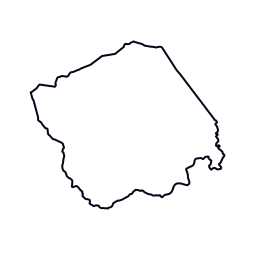 the district of Marale, Francisco Morazán, Honduras, rotated 238°
{"feature_id": "27666195B80016530117423", "entity_name": "Marale", "entity_type": "district", "adm_level": 2, "iso_a3": "HND", "parent_name": "Honduras", "parent_adm1": "Francisco Morazán", "projection": "natural_earth1", "projection_center": [-87.147, 14.938], "detail": "fine", "context": "isolated", "style": "outline", "palette": "ink", "viewbox_px": 256, "rotation_deg": 238, "n_neighbors": 0, "source": "geoboundaries", "source_scale": "gbopen_adm2", "svg_char_len": 5529}
<svg xmlns="http://www.w3.org/2000/svg" viewBox="0 0 256 256"><g transform="rotate(238 128 128)"><path d="M54.3,195.5L54.8,195.1L55.9,194.8L56.4,194.9L56.9,195.2L57.5,195.4L58.2,195.4L60.7,194.6L62.0,194.1L63.0,193.9L63.3,194.0L63.5,194.1L63.8,195.8L64.0,196.1L64.9,196.0L65.4,195.7L65.5,195.5L65.5,195.2L65.3,194.2L65.4,193.8L65.6,193.6L65.9,193.4L66.2,193.4L66.5,193.4L66.9,193.6L67.4,194.0L67.8,194.4L68.1,194.7L68.4,195.4L68.5,196.2L68.6,196.6L68.9,197.3L69.1,197.8L70.4,198.3L71.2,198.5L72.0,198.3L72.8,198.3L74.2,198.2L74.3,198.4L74.6,200.0L74.8,200.4L75.0,200.6L75.4,200.5L76.1,199.8L76.5,199.6L76.9,199.7L77.1,200.2L77.1,201.0L77.3,201.8L77.7,202.5L78.4,203.1L78.7,203.3L79.3,203.5L80.8,203.9L81.7,204.2L83.4,204.2L84.3,204.0L84.8,204.1L85.1,204.3L85.3,204.7L85.4,205.2L85.4,205.8L85.5,206.2L85.9,206.5L86.4,206.6L87.8,206.5L89.5,205.6L89.9,205.8L146.2,200.7L151.1,199.9L178.3,199.5L178.7,199.3L179.3,198.9L180.0,198.1L180.4,197.4L180.7,196.5L181.2,194.9L181.6,194.3L181.9,193.9L182.4,193.5L183.0,192.9L184.5,190.9L186.7,188.3L188.1,186.9L188.7,186.0L191.7,184.4L194.0,182.4L195.7,180.8L197.2,179.5L198.4,178.6L198.7,176.4L198.8,175.1L198.6,173.4L199.0,172.6L199.6,171.7L200.1,171.1L200.5,170.9L200.7,170.1L200.6,169.4L200.3,168.8L199.0,167.3L197.7,156.3L202.8,144.1L201.5,129.8L203.4,119.6L203.4,118.4L203.4,117.6L204.3,113.4L204.4,111.9L204.6,111.1L205.2,109.8L205.4,109.1L205.5,108.7L205.4,108.1L205.2,107.4L204.0,105.3L203.9,104.4L203.9,103.6L204.0,103.2L205.6,101.4L207.2,99.3L207.3,98.9L207.4,98.4L207.5,98.0L207.4,97.6L207.4,97.2L207.9,96.2L208.1,95.7L208.1,95.2L208.0,94.7L207.6,94.1L206.5,92.7L205.9,92.0L205.1,90.9L204.5,90.2L204.2,90.0L203.8,89.9L203.5,89.8L203.1,89.8L202.6,89.5L202.2,89.1L201.8,88.1L201.8,87.7L202.4,87.2L203.5,85.8L211.7,76.0L211.3,74.3L210.4,72.6L210.0,70.9L209.9,69.2L209.8,68.0L209.6,66.0L209.6,64.9L209.7,64.4L203.5,62.5L201.4,62.5L184.7,57.4L184.1,57.1L183.1,56.3L182.6,56.1L182.0,56.0L181.6,56.1L179.5,57.0L178.4,57.3L178.1,57.3L176.2,57.2L174.5,57.5L172.2,57.7L171.9,57.8L171.5,58.1L170.6,58.9L170.3,59.1L169.9,59.2L169.6,59.1L168.7,58.6L167.8,58.3L167.2,58.0L166.6,57.6L165.9,57.4L165.4,57.2L165.1,57.1L164.1,57.2L162.4,57.8L161.7,57.8L160.3,58.1L158.6,58.4L158.1,58.6L157.2,59.7L155.6,60.8L153.8,61.9L150.7,63.9L149.8,64.3L149.4,64.3L148.9,64.3L147.3,63.9L147.0,63.7L145.7,63.5L145.3,63.3L145.1,63.0L144.6,61.7L144.5,61.4L143.3,60.3L143.1,60.0L143.0,59.9L142.8,59.8L141.8,60.1L141.1,60.1L140.5,59.9L138.0,59.1L137.1,58.2L136.5,57.4L133.0,54.5L130.7,52.1L130.5,51.9L129.4,51.5L128.3,51.0L127.1,50.7L126.2,50.6L125.6,50.8L124.8,51.2L123.6,51.5L121.9,51.2L120.1,50.7L119.5,50.7L117.3,51.2L115.7,52.2L114.8,52.6L113.2,52.9L112.4,52.6L111.6,52.1L109.1,50.2L108.6,49.9L108.3,49.5L107.8,49.4L107.6,49.4L107.4,49.5L107.2,49.7L107.0,50.1L106.5,52.6L106.3,53.0L106.2,53.3L105.9,53.6L105.6,53.9L104.4,54.3L103.7,54.3L102.8,54.5L100.3,54.8L99.8,55.0L99.5,55.2L99.2,55.4L98.5,55.5L98.3,55.4L97.2,54.8L96.6,54.9L96.1,54.9L95.8,54.7L95.4,54.1L94.9,53.6L94.5,53.5L94.1,53.4L92.2,54.0L91.2,54.0L90.1,54.7L88.3,56.7L87.7,57.1L87.4,57.3L87.0,57.3L86.0,56.9L84.6,55.6L84.4,55.5L84.1,55.5L83.8,55.5L82.8,56.0L81.4,57.0L80.1,57.3L79.8,57.8L79.5,59.2L79.3,60.0L79.0,60.4L78.0,61.6L77.7,61.9L77.5,62.0L76.2,61.9L75.6,62.1L74.9,62.4L74.4,62.8L74.0,63.2L73.8,63.5L73.0,65.0L72.5,65.5L72.0,66.2L71.2,67.2L71.0,67.5L70.9,68.0L70.7,68.1L70.4,68.3L70.6,69.2L70.6,69.5L70.6,69.8L70.3,70.5L70.1,71.2L70.0,71.7L70.1,72.3L70.3,73.2L70.5,73.7L71.8,75.3L71.9,75.6L72.1,76.2L71.9,76.6L72.0,77.3L72.0,78.1L72.0,79.1L71.8,80.8L71.7,81.2L71.3,81.7L71.0,82.5L70.5,84.2L70.1,89.7L70.0,92.3L70.6,93.8L70.7,94.4L70.6,95.1L70.2,96.1L70.2,96.6L70.8,97.9L71.1,98.7L71.5,101.2L71.5,101.6L71.4,101.8L70.1,103.5L68.7,104.7L68.7,104.8L68.7,105.0L67.9,105.5L67.6,106.7L67.5,106.9L67.3,107.2L67.0,107.4L66.5,107.6L65.4,107.8L64.8,108.0L64.2,108.4L63.6,108.8L61.8,109.8L60.2,111.3L59.3,112.4L59.0,112.6L58.3,112.9L57.9,113.1L56.6,114.7L56.1,116.2L55.7,116.6L55.0,117.4L54.1,119.4L53.8,119.5L53.3,119.4L52.9,119.4L52.5,119.7L51.4,120.0L51.3,120.3L51.3,120.9L51.6,122.5L51.7,124.1L51.6,124.4L51.3,124.9L50.4,127.6L50.3,128.6L50.4,130.0L50.8,131.2L51.3,132.2L53.4,134.9L54.2,135.8L54.5,136.5L54.8,137.1L55.0,137.8L55.1,138.6L55.1,139.3L55.0,140.1L54.9,140.4L53.8,142.2L53.2,143.0L52.9,143.5L51.9,144.3L50.1,146.0L48.7,147.2L48.2,147.8L48.1,148.1L48.1,148.4L48.1,149.2L48.2,149.9L48.4,150.4L48.8,150.8L49.3,151.2L49.8,151.5L50.9,151.8L53.6,152.4L55.4,153.2L56.6,153.9L57.4,154.3L60.7,155.0L61.6,155.2L62.0,155.3L62.3,155.5L62.5,156.0L62.5,156.7L62.4,157.6L62.4,158.8L62.0,160.9L61.9,162.1L61.9,162.9L62.0,163.5L62.3,164.3L62.9,165.2L63.4,165.8L64.2,166.4L65.2,167.5L65.7,168.2L65.8,168.6L65.9,168.9L65.8,169.6L65.5,170.5L64.3,173.3L63.9,173.8L63.4,174.3L62.7,174.7L62.1,174.9L61.9,175.1L61.9,175.5L61.9,176.0L62.5,177.7L62.3,178.2L62.2,178.9L61.8,180.1L61.5,180.6L61.1,180.9L60.9,181.1L60.7,181.0L60.3,180.8L60.0,180.4L59.6,180.3L58.1,180.6L56.3,181.3L56.1,181.3L55.5,180.8L54.3,179.6L53.5,178.9L53.3,178.4L53.3,177.7L53.1,177.1L53.0,176.8L52.9,176.6L52.4,176.4L51.7,176.2L50.8,176.1L50.0,176.2L49.2,176.3L48.6,176.6L48.8,179.0L48.6,179.6L48.4,180.1L48.0,180.4L47.6,180.7L47.0,181.1L46.0,181.5L45.6,181.8L45.4,182.0L44.9,183.4L44.5,184.2L44.3,184.7L44.3,184.9L44.3,185.3L44.6,185.8L45.0,186.1L46.0,186.2L46.5,186.2L48.5,185.8L48.8,185.8L49.0,185.9L49.2,186.1L49.2,186.4L49.4,187.7L49.6,188.3L50.5,189.6L51.2,190.8L52.0,191.9L52.6,192.8L52.7,193.2L52.8,193.7L53.1,194.6L54.3,195.5Z" fill="none" stroke="#020617" stroke-width="2"/></g></svg>